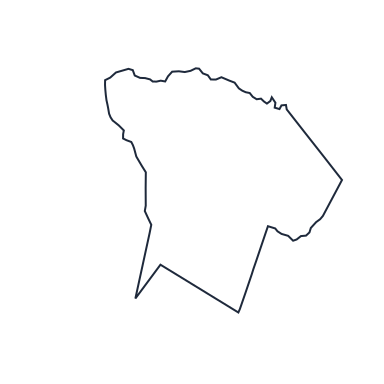 outline of Paudalho, Pernambuco, Brazil, rotated 207°
{"feature_id": "56859067B48734598444880", "entity_name": "Paudalho", "entity_type": "district", "adm_level": 2, "iso_a3": "BRA", "parent_name": "Brazil", "parent_adm1": "Pernambuco", "projection": "natural_earth1", "projection_center": [-35.132, -7.887], "detail": "fine", "context": "isolated", "style": "outline", "palette": "slate", "viewbox_px": 384, "rotation_deg": 207, "n_neighbors": 0, "source": "geoboundaries", "source_scale": "gbopen_adm2", "svg_char_len": 1323}
<svg xmlns="http://www.w3.org/2000/svg" viewBox="0 0 384 384"><g transform="rotate(207 192 192)"><path d="M194.1,71.4L187.1,112.9L146.7,109.7L96.0,105.7L96.2,109.4L98.5,125.9L101.4,145.8L102.3,151.1L103.5,159.7L107.8,189.0L108.8,196.0L101.3,197.3L98.0,195.8L93.2,195.3L86.4,196.6L79.8,194.5L77.2,197.2L74.9,202.2L70.6,204.9L69.0,209.3L69.8,213.9L67.7,221.6L65.5,225.9L64.5,230.1L63.8,270.8L91.4,283.7L119.1,296.5L145.1,308.6L147.8,312.2L151.6,309.8L151.7,305.6L156.6,304.7L158.2,309.4L163.9,312.6L163.5,308.6L165.4,304.8L169.0,305.3L172.9,306.5L176.5,304.0L181.1,304.4L185.5,306.4L189.4,305.3L193.2,305.1L197.3,305.6L203.7,308.8L209.2,308.2L217.9,307.6L221.7,303.1L226.3,300.8L230.9,303.2L236.2,302.6L241.7,305.1L244.8,303.9L248.3,299.3L252.9,295.6L258.5,293.6L264.3,290.2L265.9,284.2L266.1,278.3L270.4,277.0L273.7,274.3L277.1,272.6L280.5,273.3L285.5,272.2L290.1,270.1L295.9,269.8L300.1,273.7L304.5,272.9L314.0,264.0L316.8,256.8L320.2,252.2L318.1,247.9L315.8,244.0L312.9,239.4L309.9,235.0L307.1,231.6L304.9,228.8L301.4,224.1L298.5,221.6L295.2,219.7L287.5,218.1L280.7,215.9L279.6,212.2L277.7,208.4L274.0,208.4L268.8,209.0L265.9,206.9L263.3,204.5L257.7,198.3L248.6,192.5L242.1,188.6L235.1,174.5L227.0,158.8L225.4,153.6L218.4,148.1L213.4,144.3L211.1,136.1L194.1,71.4Z" fill="none" stroke="#1e293b" stroke-width="2"/></g></svg>